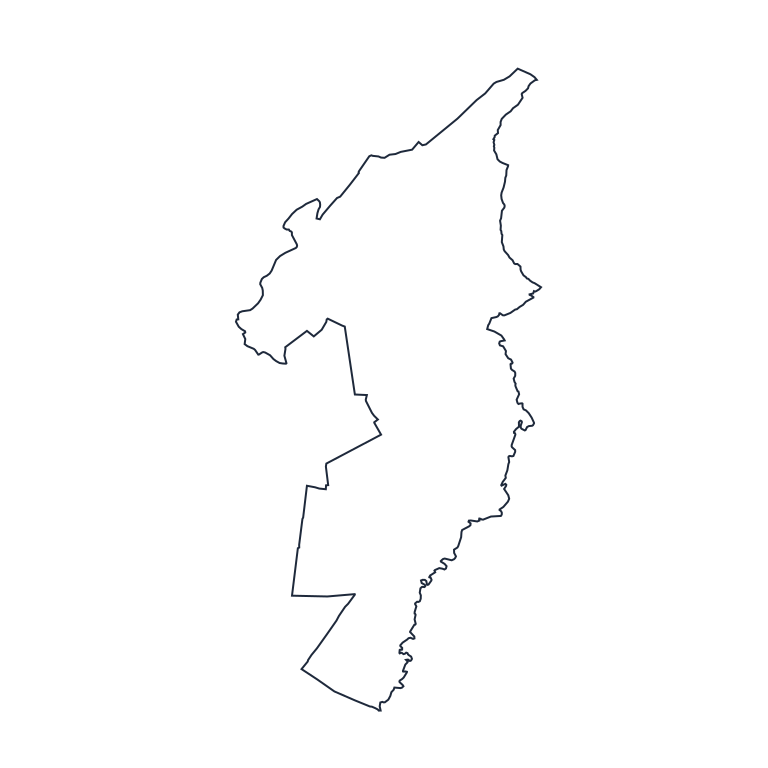 the district of Popesti, Vrancea, Romania, rotated 95°
{"feature_id": "2599482B83039942073934", "entity_name": "Popesti", "entity_type": "district", "adm_level": 2, "iso_a3": "ROU", "parent_name": "Romania", "parent_adm1": "Vrancea", "projection": "albers", "projection_center": [27.079, 45.583], "detail": "fine", "context": "isolated", "style": "outline", "palette": "slate", "viewbox_px": 768, "rotation_deg": 95, "n_neighbors": 0, "source": "geoboundaries", "source_scale": "gbopen_adm2", "svg_char_len": 6145}
<svg xmlns="http://www.w3.org/2000/svg" viewBox="0 0 768 768"><g transform="rotate(95 384 384)"><path d="M675.2,441.3L684.1,424.8L694.6,406.6L701.7,385.4L706.5,369.9L706.5,368.0L707.7,364.4L708.8,361.8L709.8,360.8L709.6,358.9L705.5,360.2L701.6,359.9L700.8,357.9L701.2,356.7L701.0,355.4L698.1,352.2L694.2,350.5L690.4,349.8L687.7,347.7L685.5,347.2L685.5,341.0L684.9,339.6L683.4,338.3L682.4,339.0L679.6,342.5L679.1,342.7L678.1,342.5L676.4,340.3L674.7,338.8L669.3,336.1L668.7,336.1L668.5,337.5L668.8,339.4L668.7,340.0L668.1,340.1L661.6,338.3L659.2,336.3L658.5,336.3L656.9,338.0L656.5,336.4L656.6,335.5L657.6,334.6L657.5,333.6L657.0,332.9L655.4,332.2L653.2,333.2L651.9,335.7L651.2,336.6L650.2,337.0L649.9,337.6L649.7,338.5L650.9,339.7L651.4,341.0L650.3,342.8L650.2,343.6L651.0,344.8L650.6,345.2L647.6,345.2L647.2,344.7L647.2,343.1L647.0,342.8L645.3,342.9L643.6,344.9L642.9,345.0L640.0,342.9L636.5,338.6L635.1,337.4L634.5,335.5L635.4,332.8L634.8,331.5L632.9,331.8L628.8,336.4L628.4,336.4L621.2,332.8L621.0,331.9L620.2,331.5L615.8,333.0L611.2,332.4L610.3,332.9L610.0,333.5L608.5,333.6L602.7,332.4L600.4,333.9L599.8,333.8L598.0,332.0L598.1,330.7L597.3,329.4L594.7,328.7L591.3,328.9L588.8,330.2L584.4,329.9L583.0,328.7L582.7,328.0L582.8,326.1L582.0,325.3L581.2,325.3L580.4,326.0L579.0,329.1L576.5,330.0L575.7,328.4L575.6,326.2L576.6,324.7L580.1,323.7L580.3,323.1L579.9,322.2L575.7,319.7L574.8,319.6L572.6,320.8L572.7,321.9L572.5,322.1L570.7,321.3L567.1,316.6L565.5,317.5L564.9,317.0L562.6,312.9L562.9,309.7L563.5,307.6L562.4,306.2L560.0,305.8L557.9,308.0L556.0,311.8L555.5,312.0L554.3,311.0L553.2,309.9L552.6,308.3L553.7,301.2L552.4,298.9L551.1,297.9L549.4,297.3L546.2,299.4L542.9,299.8L540.5,296.6L538.9,295.9L529.9,293.8L524.6,293.9L522.6,293.4L518.3,286.7L517.1,285.6L515.3,285.6L513.9,287.8L512.7,287.5L512.4,285.6L512.8,279.1L511.7,277.0L510.4,277.5L509.7,277.3L509.9,275.9L510.4,275.1L510.5,273.5L506.7,265.9L505.3,256.3L505.0,255.8L503.4,255.3L501.7,255.5L500.3,256.5L499.5,257.9L498.9,257.9L496.1,254.4L490.4,250.3L487.4,249.3L484.0,250.5L478.1,255.2L474.9,253.5L473.7,253.4L472.9,254.4L475.0,258.0L474.5,258.4L471.2,257.2L466.9,254.5L464.6,255.1L459.3,253.6L452.9,253.1L450.8,252.5L446.0,253.7L445.2,253.4L444.7,252.4L444.9,250.2L444.4,248.8L440.1,247.4L438.4,247.6L435.9,250.9L435.1,251.4L433.7,251.5L423.0,248.7L421.7,249.1L421.4,250.2L420.3,250.4L417.5,248.6L414.7,245.8L410.4,246.3L409.1,245.6L408.6,244.8L409.1,243.7L409.9,243.3L413.3,244.1L415.3,244.1L416.6,243.1L418.0,239.7L417.6,239.0L414.4,237.7L413.3,236.0L412.7,232.8L412.1,232.0L410.1,231.1L409.5,231.2L404.6,234.0L400.4,237.3L397.9,240.3L397.1,242.7L394.7,244.0L391.5,244.3L391.2,244.8L391.6,246.8L392.2,248.3L391.1,249.4L388.1,250.5L382.4,248.5L379.8,249.4L379.5,250.3L375.0,252.7L373.6,253.1L372.2,252.9L370.5,254.2L367.3,255.3L364.4,254.0L361.6,254.2L360.2,255.0L358.8,257.7L357.6,258.9L353.2,259.7L352.7,259.3L352.7,258.6L352.2,258.0L351.4,257.8L348.6,259.6L347.5,262.5L343.7,265.5L340.5,265.4L336.1,268.6L335.4,271.9L333.5,272.8L331.7,272.4L331.2,271.5L330.1,267.6L329.0,268.3L325.5,271.3L322.1,278.6L320.3,286.0L316.3,285.3L314.7,284.4L309.0,282.7L307.5,277.9L306.7,276.5L305.1,275.4L303.5,275.2L303.4,274.6L305.2,271.6L305.1,270.0L302.2,264.3L298.4,259.8L297.9,258.1L295.4,255.6L293.0,252.3L289.7,249.9L284.9,242.7L284.4,242.7L283.1,244.9L282.5,246.7L282.0,246.8L280.8,243.3L278.4,242.7L278.8,241.6L278.2,240.4L276.1,237.6L273.9,236.0L270.4,242.8L269.8,244.9L268.3,247.5L266.7,249.3L266.4,250.9L265.2,251.9L263.6,254.5L259.8,257.2L258.2,257.9L255.1,258.3L252.8,261.5L253.1,263.7L252.5,264.9L249.5,266.7L247.1,270.0L244.7,271.6L241.2,275.4L239.6,276.4L236.5,277.0L232.4,279.0L225.3,279.1L224.1,280.0L221.4,280.5L220.3,281.3L216.0,281.4L211.2,282.6L208.7,281.8L201.1,281.6L197.8,279.5L196.1,279.3L194.7,279.8L193.3,281.2L189.4,283.0L185.8,283.7L183.0,283.5L177.9,282.0L171.9,281.1L168.0,281.1L165.6,280.4L160.2,280.6L156.2,279.4L155.2,279.4L153.5,285.1L152.3,288.0L150.2,290.5L145.4,292.1L141.8,294.7L138.9,294.7L137.6,295.3L136.2,294.9L133.6,295.9L131.3,295.4L130.6,296.4L128.5,295.3L126.9,295.3L124.1,292.3L121.1,292.8L115.9,290.4L112.8,290.7L109.6,289.8L105.0,286.1L101.3,281.6L98.0,279.5L94.1,274.9L86.8,270.9L83.2,272.1L82.1,271.6L79.7,268.6L76.9,266.3L74.6,265.9L71.9,264.3L68.3,260.2L67.7,258.3L65.2,260.8L62.7,265.1L58.2,278.3L66.6,285.7L70.5,291.1L73.3,298.3L75.2,300.9L85.7,308.5L93.1,316.5L113.2,333.9L141.7,363.1L142.8,366.6L139.9,370.6L148.1,376.4L151.3,387.5L153.9,392.6L155.1,398.5L158.6,403.1L158.7,406.7L157.8,409.3L157.7,415.1L157.3,416.5L158.4,418.5L173.9,427.3L175.2,427.8L176.0,427.4L188.5,435.4L201.2,444.0L202.8,447.0L211.1,453.2L220.6,459.9L225.5,462.2L225.0,465.6L219.5,465.2L215.7,464.4L213.2,463.2L211.0,463.2L208.6,463.7L207.5,464.5L205.6,466.9L211.4,477.3L214.4,480.8L218.0,486.2L222.7,490.4L227.6,493.6L231.5,496.6L235.4,497.9L236.9,497.7L237.7,496.6L238.6,494.5L238.4,492.3L239.7,491.3L240.1,489.9L240.9,489.0L243.7,488.7L252.5,483.0L253.9,482.6L255.2,482.9L256.2,483.7L261.9,493.7L265.6,498.7L269.8,502.3L280.8,505.8L283.9,507.5L286.4,510.2L288.1,513.1L290.0,514.8L293.8,516.0L295.4,516.0L298.9,513.7L301.5,512.9L306.1,512.4L310.8,514.3L314.6,516.5L320.3,521.5L322.1,523.8L323.9,531.5L325.2,534.2L327.6,535.7L332.3,534.8L332.6,536.4L334.9,536.9L339.6,533.7L341.7,530.9L343.6,527.0L344.8,526.7L346.6,528.9L351.3,526.1L356.4,526.3L358.2,523.4L360.3,516.8L361.3,515.4L365.7,511.8L365.6,511.2L363.0,507.9L362.7,506.9L363.0,505.1L365.3,500.0L368.8,496.3L370.6,493.4L372.2,489.8L372.4,486.5L372.3,483.4L371.8,483.0L364.5,485.7L357.6,485.2L356.0,485.6L337.8,465.4L342.7,458.1L335.4,450.8L327.2,446.9L324.7,446.7L323.8,445.8L329.5,430.7L330.2,428.1L397.0,412.1L396.5,400.1L401.1,400.8L402.5,400.5L413.8,393.5L416.5,391.1L419.9,387.0L423.0,390.4L423.5,390.3L434.7,382.5L468.3,434.5L471.3,434.7L489.6,430.8L490.0,432.9L493.9,432.8L493.8,439.4L492.9,443.7L492.1,451.9L524.1,452.9L525.5,453.5L551.6,454.5L554.3,454.2L555.1,455.5L602.9,457.2L600.6,421.9L595.9,394.9L596.4,394.7L606.1,400.6L609.3,403.3L619.0,408.7L623.8,410.7L637.7,418.7L653.2,427.8L660.2,432.6L665.7,435.6L667.1,435.8L675.2,441.3Z" fill="none" stroke="#1e293b" stroke-width="2"/></g></svg>